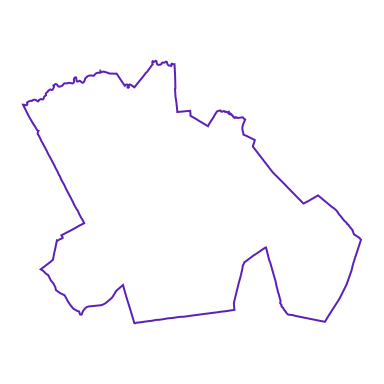 Traian Vuia, Timis, Romania (orthographic projection)
{"feature_id": "2599482B91559733005847", "entity_name": "Traian Vuia", "entity_type": "district", "adm_level": 2, "iso_a3": "ROU", "parent_name": "Romania", "parent_adm1": "Timis", "projection": "orthographic", "projection_center": [22.019, 45.79], "detail": "fine", "context": "isolated", "style": "outline", "palette": "violet", "viewbox_px": 384, "rotation_deg": 0, "n_neighbors": 0, "source": "geoboundaries", "source_scale": "gbopen_adm2", "svg_char_len": 5644}
<svg xmlns="http://www.w3.org/2000/svg" viewBox="0 0 384 384"><path d="M134.4,323.2L135.0,323.2L136.8,322.7L139.6,322.4L144.9,321.6L152.4,320.7L156.1,319.9L159.1,319.8L165.1,318.9L166.2,318.6L168.4,318.3L172.4,318.0L179.5,316.9L184.1,316.7L191.8,315.6L204.6,313.9L217.2,312.3L221.7,311.6L224.9,311.3L234.4,309.9L233.9,304.3L233.9,303.3L234.4,300.7L238.6,283.6L240.4,277.2L242.3,269.2L242.8,265.5L244.0,263.5L244.4,262.1L244.7,262.0L245.3,261.7L254.0,255.1L255.0,254.6L262.8,249.3L265.0,247.8L266.0,247.5L268.0,255.3L269.1,259.8L270.1,262.2L270.6,263.8L271.1,265.8L275.7,281.7L275.9,283.1L276.8,287.3L277.4,289.3L277.5,289.6L277.7,291.0L279.2,295.7L279.4,296.9L280.5,300.6L280.6,301.3L280.5,301.8L280.3,302.1L280.1,302.7L280.1,303.1L281.1,304.4L281.5,305.0L281.4,306.0L282.0,307.0L283.2,307.9L283.4,308.6L283.7,309.3L285.8,311.7L285.8,312.1L286.5,313.0L287.9,314.4L288.8,314.7L292.8,315.1L295.4,315.9L324.9,321.8L329.1,314.9L338.1,300.9L339.6,298.5L346.5,284.7L351.5,270.6L352.4,267.0L352.6,265.7L354.0,261.1L361.0,239.7L359.1,237.6L354.0,234.4L352.3,230.0L352.4,229.9L350.1,227.3L349.2,226.1L348.2,224.5L347.8,224.3L347.3,224.2L346.2,222.3L344.6,221.1L343.3,219.6L341.4,217.0L339.0,214.3L337.0,211.2L336.6,210.6L333.3,207.8L332.5,207.4L318.0,195.4L308.2,201.1L303.6,203.5L303.4,203.5L288.3,188.1L283.9,183.5L272.8,172.4L270.3,169.2L252.9,146.6L252.9,146.2L254.8,140.3L254.8,140.0L247.5,136.4L245.7,135.5L244.6,135.2L243.5,134.6L243.6,134.4L242.6,130.6L242.4,129.3L242.4,127.3L242.5,126.6L243.2,124.1L245.2,119.5L243.7,118.5L243.0,117.5L242.6,117.3L242.4,117.3L237.9,118.0L237.2,117.6L235.5,117.8L235.4,117.7L235.4,117.2L234.9,117.3L234.4,117.8L233.1,116.7L232.8,116.2L232.6,115.5L232.1,115.2L231.7,114.7L231.4,114.9L231.2,114.7L231.1,114.2L230.9,113.9L230.7,113.7L230.3,113.7L229.5,114.2L229.3,114.1L229.6,113.4L229.6,113.1L229.2,112.4L229.0,113.0L228.8,113.1L228.2,112.9L228.3,112.2L228.0,112.0L227.3,112.2L226.3,111.9L225.9,111.6L225.1,112.0L224.4,111.2L223.7,111.0L222.5,111.7L222.4,111.7L222.1,111.6L221.9,111.6L221.5,111.5L221.1,111.6L220.9,111.5L220.8,110.8L220.5,110.5L219.7,110.5L218.5,110.9L217.5,111.2L216.8,111.7L216.3,112.4L215.8,113.3L214.5,115.3L213.9,116.6L212.0,119.5L209.1,124.0L208.6,125.0L208.0,126.2L198.3,120.4L195.8,118.8L190.6,115.9L190.2,110.8L177.3,112.0L176.9,107.0L176.2,101.0L175.5,96.8L175.0,88.6L175.4,88.3L175.1,75.3L174.5,64.2L173.5,64.2L172.1,64.3L172.1,64.2L172.2,63.8L172.1,63.7L171.8,63.7L171.4,64.2L171.5,65.3L171.4,65.7L171.2,66.0L169.6,65.5L168.8,65.5L168.3,65.2L167.3,63.8L167.2,63.5L167.0,62.4L166.8,61.9L166.4,61.7L166.1,61.7L165.6,61.8L164.8,62.5L164.3,62.7L164.0,62.7L162.6,62.5L161.8,63.1L161.5,63.5L161.5,63.8L161.0,64.3L160.3,64.7L158.0,64.8L157.5,64.6L157.1,64.0L156.8,63.3L156.6,61.9L156.4,61.3L156.0,60.9L155.5,60.8L155.1,61.1L154.6,61.6L153.7,62.0L153.1,61.8L152.9,61.3L152.7,61.2L152.4,61.6L152.3,62.4L152.5,63.4L152.3,64.1L152.6,64.4L151.7,65.5L147.1,71.8L145.6,73.2L144.9,74.2L142.2,77.7L140.9,79.2L140.3,80.0L134.4,87.3L133.8,87.0L133.3,86.4L132.6,86.1L130.8,84.8L130.2,84.5L129.3,84.6L128.9,84.9L128.8,85.8L128.9,86.6L128.9,87.2L128.7,87.6L128.4,87.7L127.8,87.7L127.5,87.5L127.8,86.0L127.8,85.3L127.5,84.8L127.3,84.6L126.7,84.5L126.2,84.6L125.7,84.8L124.9,85.8L123.4,83.8L116.6,73.6L115.0,73.7L109.2,73.5L107.8,72.8L103.7,71.6L102.9,71.7L102.1,72.1L101.6,72.1L101.0,71.9L100.4,71.1L100.3,71.7L100.0,72.8L98.3,72.7L97.2,72.9L96.7,73.1L96.2,73.3L95.2,74.1L93.9,75.7L93.4,75.8L91.6,75.5L89.9,75.5L88.8,75.7L87.6,76.2L87.1,76.8L86.6,77.1L85.9,77.8L85.7,77.9L85.3,78.3L84.4,81.1L83.6,82.2L82.8,82.8L82.5,82.8L82.0,82.5L81.4,82.1L80.5,81.2L79.7,80.8L77.9,81.5L77.5,81.5L77.0,81.4L76.8,81.2L76.5,80.1L76.1,77.6L75.8,77.3L75.4,77.4L74.9,77.5L74.5,77.9L74.1,78.5L73.9,79.7L73.9,80.1L74.1,81.0L74.1,81.8L73.7,82.5L73.2,83.0L72.8,83.4L72.1,83.4L69.1,82.8L68.3,82.9L67.5,83.3L66.7,83.4L65.0,83.3L64.6,83.3L64.2,83.5L63.5,84.1L62.8,85.1L62.5,85.5L59.8,86.7L59.1,86.7L58.4,86.4L58.0,86.1L57.2,84.8L56.7,84.4L55.7,84.1L55.2,84.1L54.3,85.0L53.4,85.5L54.0,86.3L53.9,87.2L53.0,89.0L52.6,89.6L52.3,89.8L51.5,90.0L50.5,89.5L50.0,89.5L48.1,90.9L47.8,91.6L46.0,93.2L45.8,93.7L46.0,94.9L46.0,95.3L45.7,95.6L44.3,96.5L44.1,97.0L43.8,98.0L43.3,99.1L42.9,99.4L42.7,99.4L42.3,99.3L41.6,99.3L40.9,99.0L40.1,99.4L38.8,100.3L38.4,101.3L38.2,101.4L37.2,101.0L36.4,100.3L35.5,99.9L34.7,99.7L33.7,99.8L32.5,100.3L31.9,100.9L30.6,100.8L29.2,101.3L28.0,101.8L27.7,102.0L27.0,102.8L27.1,103.1L27.4,103.9L27.4,104.2L27.1,104.7L26.8,105.1L25.7,105.3L24.0,104.7L23.0,104.7L29.0,116.6L32.8,123.1L33.6,124.5L33.9,124.7L34.7,125.9L37.0,129.9L37.8,130.8L38.1,131.0L38.4,131.0L37.9,132.4L37.6,133.7L39.2,136.3L41.6,141.5L42.9,143.6L45.0,147.6L46.1,149.6L48.2,154.0L50.1,157.3L54.5,165.7L55.5,167.9L57.9,172.3L58.1,172.9L58.2,173.4L58.8,174.5L59.2,175.4L59.7,175.9L61.4,179.9L64.4,185.2L65.7,188.2L72.9,201.9L74.4,205.2L76.6,209.1L77.7,210.6L78.2,211.5L78.8,213.2L79.3,214.2L80.9,217.3L82.4,219.6L84.2,223.2L79.0,225.8L76.8,227.1L73.1,229.2L61.4,235.3L62.7,237.4L62.7,237.8L62.4,238.2L59.8,239.3L57.2,240.9L57.1,240.5L56.9,240.4L55.3,248.4L54.3,252.7L53.0,259.6L52.2,260.4L50.5,261.9L40.7,269.3L43.4,271.0L45.9,273.7L48.2,275.1L50.9,280.5L52.7,282.6L53.8,284.1L55.4,287.5L55.9,290.0L58.5,292.0L60.5,293.3L64.5,295.2L64.7,295.4L68.0,301.5L70.8,305.6L73.1,308.4L74.0,309.2L75.8,310.0L76.1,310.3L77.4,311.0L79.0,311.4L79.8,313.6L80.0,314.4L80.2,314.6L80.9,314.7L81.5,314.5L82.0,314.0L82.3,312.5L82.6,312.0L83.2,310.8L83.8,309.9L85.5,308.0L87.1,306.9L88.4,306.5L101.2,305.2L103.4,304.4L105.8,303.0L110.9,298.7L112.3,297.3L116.4,290.7L123.0,285.0L126.3,296.8L130.0,308.6L134.4,323.2Z" fill="none" stroke="#5b21b6" stroke-width="2"/></svg>